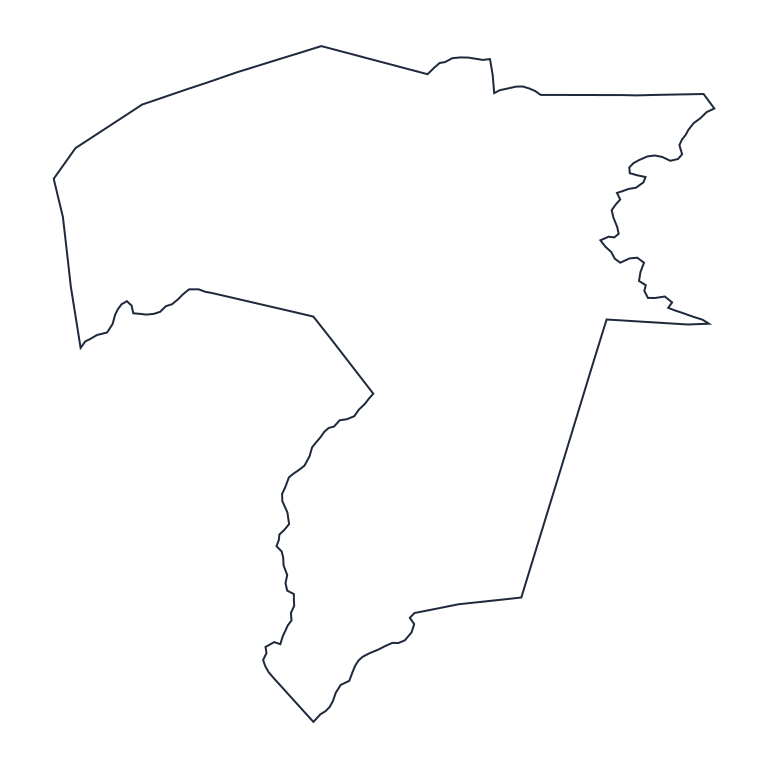 the district of Coreaú, Ceará, Brazil
{"feature_id": "56859067B53706765399654", "entity_name": "Coreaú", "entity_type": "district", "adm_level": 2, "iso_a3": "BRA", "parent_name": "Brazil", "parent_adm1": "Ceará", "projection": "mercator", "projection_center": [-40.711, -3.684], "detail": "fine", "context": "isolated", "style": "outline", "palette": "slate", "viewbox_px": 768, "rotation_deg": 0, "n_neighbors": 0, "source": "geoboundaries", "source_scale": "gbopen_adm2", "svg_char_len": 2515}
<svg xmlns="http://www.w3.org/2000/svg" viewBox="0 0 768 768"><path d="M714.3,108.5L703.6,94.0L655.6,94.9L636.4,95.4L624.3,95.1L540.7,94.9L535.1,91.0L529.6,88.6L522.8,86.5L516.0,86.6L508.6,88.3L499.8,90.2L494.2,93.1L492.7,75.1L490.0,59.1L482.7,59.9L468.5,57.6L460.6,57.4L452.3,58.2L445.0,62.1L439.6,63.0L434.3,67.6L427.5,74.2L321.3,46.1L237.5,72.1L204.7,83.4L188.9,88.6L142.0,104.6L136.6,108.2L75.5,148.1L53.7,178.8L62.9,217.0L65.2,237.0L68.5,266.0L70.8,286.5L80.6,347.9L85.3,341.4L90.2,339.0L97.0,335.0L107.1,332.5L112.6,324.0L115.1,314.8L117.7,309.5L121.6,304.2L126.9,301.2L131.6,305.6L133.3,313.3L140.5,313.9L146.1,314.6L153.7,313.9L160.2,311.8L165.8,306.2L172.1,304.2L177.9,299.4L183.2,294.1L189.1,289.3L198.6,289.3L205.3,291.8L212.4,293.1L294.4,312.1L313.4,316.6L331.1,339.1L373.3,393.7L369.1,398.4L365.0,403.7L358.8,409.7L354.3,416.2L346.9,419.2L339.6,420.3L334.1,426.5L328.6,428.0L324.3,431.8L320.5,437.2L316.0,442.5L312.1,447.3L309.5,456.4L304.5,465.6L298.5,470.3L293.9,473.3L288.9,477.4L285.3,487.1L282.1,493.9L282.3,501.1L287.4,512.4L289.1,524.1L284.2,530.0L279.4,534.5L278.8,540.0L276.5,546.2L281.7,551.5L283.2,557.7L283.6,565.5L287.2,575.0L285.5,583.2L287.2,590.6L293.9,594.1L293.9,600.0L294.2,605.8L290.9,613.0L291.5,620.5L287.7,625.5L285.3,630.9L282.7,636.4L280.3,644.2L274.2,642.1L265.5,647.0L266.5,653.0L263.1,660.0L265.2,666.0L268.4,671.9L273.5,677.9L313.4,721.9L320.5,714.2L325.4,711.3L329.8,706.8L333.0,700.8L335.8,692.7L340.7,684.9L349.3,680.8L352.6,671.9L355.2,665.7L358.4,660.6L362.6,656.8L369.1,653.4L378.5,649.5L385.3,646.0L392.3,642.9L398.5,643.0L404.9,640.3L411.6,632.3L414.2,624.1L409.8,617.8L414.5,613.0L431.9,609.6L449.9,606.0L459.0,604.2L504.2,599.4L521.3,597.5L548.1,510.2L560.9,468.6L562.9,462.0L591.2,369.2L601.0,337.5L604.2,327.2L606.6,319.5L687.7,324.5L708.9,323.7L702.5,319.7L694.6,317.2L688.2,315.0L682.7,313.0L674.8,310.4L668.2,307.8L672.1,302.4L664.8,296.5L655.0,298.0L647.9,297.9L644.3,290.8L645.8,285.2L639.0,281.0L640.5,271.9L644.0,262.7L637.2,257.7L629.6,258.4L620.2,262.7L614.8,258.7L611.3,252.1L605.5,246.8L600.4,240.3L608.6,236.7L614.3,237.4L618.7,233.8L617.2,227.0L613.4,217.6L611.7,210.2L615.5,204.8L620.2,199.5L617.0,192.9L623.2,190.9L628.7,188.9L636.0,187.7L643.5,182.3L645.5,177.0L637.3,175.3L629.8,173.2L629.3,167.4L633.4,163.2L639.0,160.1L647.5,156.4L654.9,155.5L662.4,157.0L670.3,160.8L678.0,159.0L682.1,154.3L679.4,145.1L682.1,139.3L685.6,135.0L688.3,130.0L693.6,123.2L700.4,118.2L706.6,112.1L714.3,108.5Z" fill="none" stroke="#1e293b" stroke-width="2"/></svg>